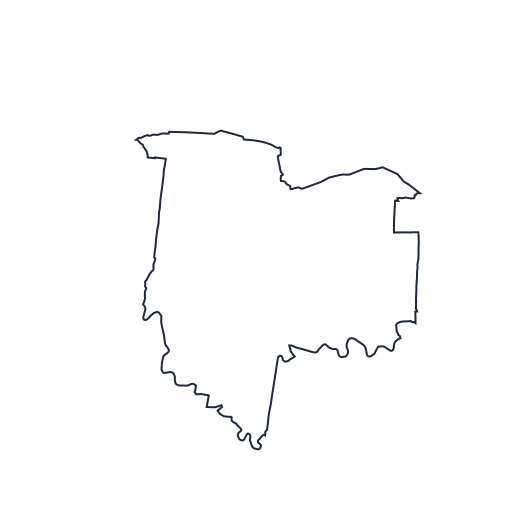 Hantesti, Suceava, Romania, rotated 129°
{"feature_id": "2599482B54866642936153", "entity_name": "Hantesti", "entity_type": "district", "adm_level": 2, "iso_a3": "ROU", "parent_name": "Romania", "parent_adm1": "Suceava", "projection": "mercator", "projection_center": [26.365, 47.754], "detail": "fine", "context": "isolated", "style": "outline", "palette": "slate", "viewbox_px": 512, "rotation_deg": 129, "n_neighbors": 0, "source": "geoboundaries", "source_scale": "gbopen_adm2", "svg_char_len": 6132}
<svg xmlns="http://www.w3.org/2000/svg" viewBox="0 0 512 512"><g transform="rotate(129 256 256)"><path d="M228.9,92.0L227.6,94.2L227.7,96.0L227.5,96.3L227.1,96.6L226.3,99.0L223.7,101.4L222.1,103.3L220.5,103.8L219.2,103.8L216.4,102.3L215.0,101.2L211.1,96.8L209.5,95.1L209.0,94.3L209.0,93.0L208.6,92.3L207.8,91.5L207.8,89.8L204.9,92.1L198.9,97.2L197.7,95.9L196.9,97.0L196.4,98.4L190.4,103.2L189.6,103.6L189.5,104.0L181.6,109.9L179.4,111.7L171.8,117.1L166.7,121.0L162.9,123.5L161.8,124.6L158.2,126.9L156.9,127.4L152.8,130.4L148.0,134.3L142.8,138.2L138.5,141.9L135.4,144.8L139.5,149.8L140.0,150.1L140.2,150.4L145.1,156.6L149.2,161.5L150.9,163.5L148.5,165.6L140.7,171.7L125.4,182.7L123.6,180.1L122.6,182.0L122.1,182.5L121.0,181.4L120.3,180.6L119.3,178.9L118.9,178.8L118.5,178.4L117.6,177.4L116.4,176.5L114.0,172.1L113.4,171.5L112.2,170.0L111.8,169.7L110.8,169.6L110.3,170.2L109.7,170.2L109.4,170.5L109.0,170.9L107.8,170.2L107.1,170.4L106.3,170.4L105.2,169.6L104.1,168.2L104.3,182.0L105.2,187.8L103.3,197.5L107.4,213.5L111.2,216.2L113.9,218.6L118.3,224.3L120.4,226.9L134.0,234.7L136.0,237.0L137.6,239.4L140.6,242.1L148.8,248.4L157.9,252.3L173.8,261.9L175.2,263.0L175.8,265.8L176.5,266.7L181.1,270.1L182.2,271.4L180.1,273.5L180.8,276.8L180.7,278.1L180.2,279.6L180.1,280.5L180.5,281.5L182.0,283.8L181.1,284.9L178.1,287.0L175.9,286.2L174.9,289.9L165.5,301.2L164.5,301.8L162.6,300.8L161.6,300.5L158.0,303.7L156.5,304.9L156.9,306.1L158.0,306.4L159.1,309.3L159.8,314.0L161.8,319.7L164.6,325.4L168.0,331.3L173.1,338.7L171.6,341.3L175.6,350.8L179.8,360.0L180.0,361.3L181.2,362.6L183.9,363.9L187.3,365.3L190.8,370.1L194.8,375.8L204.4,388.9L214.1,401.6L215.6,400.8L217.1,402.3L218.9,405.0L220.6,406.6L222.7,407.9L223.6,408.6L225.0,410.2L225.6,411.5L226.6,412.3L229.2,414.0L229.7,414.6L230.2,416.0L230.8,416.7L233.1,418.2L236.6,419.7L237.2,420.7L237.9,421.3L238.7,421.7L240.9,422.2L240.4,421.6L240.4,421.1L240.8,418.8L241.0,417.1L241.0,416.0L240.8,414.3L241.0,413.7L241.2,413.2L241.7,412.7L241.9,412.3L242.2,410.9L242.8,408.9L243.2,408.1L243.4,407.0L243.8,406.4L244.4,405.8L245.7,403.9L246.5,403.0L247.6,402.2L243.6,396.1L243.0,396.5L237.2,387.3L243.9,383.3L247.8,381.3L249.1,380.4L250.4,379.3L258.3,374.3L272.9,365.4L276.4,362.9L281.2,359.7L282.1,359.5L292.4,352.0L297.4,349.4L303.7,345.5L306.3,344.0L307.6,343.0L312.9,339.4L317.0,337.0L321.1,334.3L321.3,332.9L321.5,332.5L323.3,331.6L325.5,331.0L327.6,330.1L328.1,329.5L329.3,328.6L330.1,327.7L331.6,327.1L333.7,327.4L337.6,327.2L340.8,326.5L342.3,326.3L343.1,325.9L345.4,326.1L346.3,325.5L347.3,324.5L348.3,323.8L349.4,323.2L350.0,321.1L350.7,320.7L353.5,319.9L354.7,319.1L356.2,317.8L357.1,317.2L358.5,315.8L359.5,315.2L362.1,314.1L363.4,313.8L364.8,313.2L365.0,311.5L365.6,309.9L367.0,308.4L374.1,305.3L375.4,304.4L375.9,303.0L375.4,301.6L374.2,300.9L371.6,300.4L368.7,300.3L364.7,299.6L361.7,297.7L361.1,296.0L361.4,294.5L362.3,291.7L367.0,288.1L369.9,284.8L372.8,280.9L375.2,278.0L378.1,274.9L381.3,271.6L382.2,269.8L382.8,267.2L383.8,264.7L385.1,263.7L387.0,263.8L388.8,264.2L390.9,264.9L393.1,264.5L397.6,262.2L400.9,260.0L403.7,258.0L404.9,255.5L405.0,254.2L403.3,252.3L400.1,249.7L399.1,247.5L399.2,246.1L400.7,243.3L402.0,242.1L402.5,241.9L403.9,240.6L405.2,239.0L405.7,237.8L405.7,237.4L405.8,236.9L405.7,236.2L405.6,235.7L405.1,234.6L404.5,233.6L402.0,230.5L400.6,228.4L399.0,227.2L396.2,225.7L395.6,225.3L394.9,224.4L394.7,223.8L394.4,221.2L396.8,219.7L398.9,218.5L400.3,218.2L400.9,216.2L400.8,214.9L397.5,211.4L396.2,208.8L394.1,205.3L394.3,204.8L404.4,199.3L399.5,192.8L393.8,188.9L394.7,187.3L400.3,188.6L401.4,184.5L400.8,180.1L400.1,179.1L398.7,176.8L396.8,174.3L396.7,174.0L396.7,173.7L396.8,173.3L398.6,172.1L399.1,171.4L399.3,170.9L399.4,170.5L399.4,169.6L398.9,166.4L398.9,165.6L399.4,162.7L399.6,160.3L399.8,159.3L400.1,158.2L400.3,158.0L400.8,157.8L401.7,157.7L403.9,158.2L404.4,158.2L405.3,158.1L406.3,157.7L407.4,156.6L408.3,155.0L408.6,154.3L408.7,153.7L408.7,152.6L408.6,151.9L408.0,150.7L407.4,150.0L406.9,149.9L405.8,149.8L400.6,150.9L399.4,150.8L399.1,150.6L398.8,150.1L398.6,149.3L398.7,148.4L399.1,147.6L400.2,146.4L401.7,145.7L402.7,145.1L403.0,144.7L405.8,140.4L406.3,139.3L406.6,138.3L406.7,137.7L406.7,136.5L405.9,134.6L405.3,133.3L404.8,132.6L404.1,132.1L403.7,131.9L402.0,132.1L400.1,132.9L399.8,133.3L399.7,133.7L399.6,136.8L399.1,137.7L398.7,138.1L398.2,138.3L397.7,138.4L395.6,138.0L392.4,138.1L390.1,137.6L389.7,137.1L389.7,136.1L388.1,137.0L387.5,137.6L386.8,138.1L385.9,138.2L384.4,138.0L379.6,140.8L371.5,146.1L361.6,151.4L352.0,157.1L339.3,164.4L337.2,165.7L333.5,167.7L329.3,170.3L320.8,175.2L318.8,174.8L318.4,174.6L318.0,174.0L317.9,173.6L317.9,173.0L318.2,172.0L318.5,171.4L319.6,170.0L319.8,169.5L320.0,168.9L320.0,168.1L319.8,167.4L319.3,166.4L318.4,165.6L317.0,164.8L316.6,164.7L314.8,164.5L311.6,163.2L309.7,162.7L309.3,165.4L308.2,169.0L308.0,169.4L306.6,171.0L304.6,173.9L303.8,172.9L303.0,171.6L302.8,170.9L302.1,168.2L301.6,166.6L300.8,164.8L299.5,162.2L298.1,158.7L297.2,156.7L295.4,152.4L294.4,150.3L293.6,149.2L293.0,148.6L292.6,148.4L291.8,148.3L288.8,148.4L283.1,147.9L282.2,147.6L281.5,147.2L281.0,146.4L280.9,146.0L280.9,145.3L281.2,142.4L281.1,141.5L280.8,140.0L280.3,138.5L279.9,137.6L278.2,135.6L278.0,135.1L277.9,134.5L277.9,133.9L278.0,133.3L278.4,132.6L279.5,131.4L280.1,130.6L280.7,129.7L281.2,128.6L281.2,127.6L281.1,127.0L281.0,126.4L280.5,125.6L279.6,124.8L278.2,123.6L277.3,123.1L276.9,123.0L275.5,123.0L273.3,123.6L272.8,123.9L271.9,124.7L271.3,125.5L270.0,127.9L269.1,128.8L268.1,129.6L267.4,130.0L265.0,131.0L264.3,131.3L262.6,131.5L261.1,131.1L260.4,130.6L259.6,129.9L259.3,129.4L258.7,128.2L258.3,126.5L258.1,123.1L257.5,117.0L257.5,116.1L257.8,115.0L258.1,114.1L259.1,112.1L262.7,108.0L263.1,107.4L263.2,107.0L263.3,106.2L263.2,105.4L262.8,104.7L262.4,104.2L261.5,103.5L258.6,102.8L257.5,102.5L256.9,102.5L255.3,103.0L250.2,103.9L249.5,103.9L249.1,103.6L247.1,101.4L246.2,100.2L245.9,99.7L245.7,98.5L245.0,92.1L244.7,91.3L244.2,90.8L243.6,90.6L242.8,90.5L241.8,90.7L240.9,91.1L237.1,93.4L236.4,93.6L235.2,93.8L233.8,93.7L232.0,93.4L229.2,92.2L228.9,92.0Z" fill="none" stroke="#1e293b" stroke-width="2"/></g></svg>